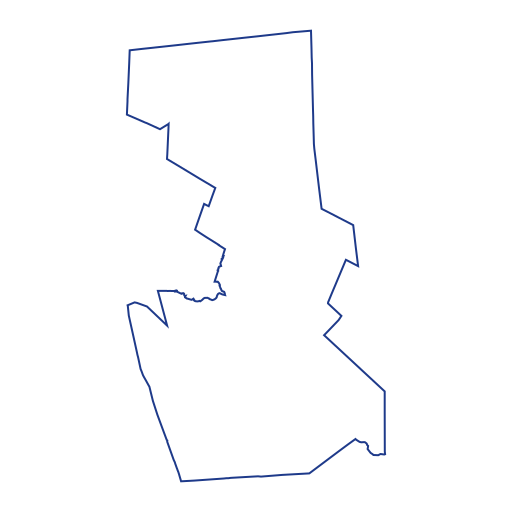 the district of Sabinas, Coahuila, Mexico
{"feature_id": "50627088B51623896111696", "entity_name": "Sabinas", "entity_type": "district", "adm_level": 2, "iso_a3": "MEX", "parent_name": "Mexico", "parent_adm1": "Coahuila", "projection": "equal_earth", "projection_center": [-101.198, 27.94], "detail": "fine", "context": "isolated", "style": "outline", "palette": "blue", "viewbox_px": 512, "rotation_deg": 0, "n_neighbors": 0, "source": "geoboundaries", "source_scale": "gbopen_adm2", "svg_char_len": 4466}
<svg xmlns="http://www.w3.org/2000/svg" viewBox="0 0 512 512"><path d="M309.3,473.4L330.2,457.7L339.0,451.1L347.9,444.5L355.5,439.0L356.0,439.6L359.6,441.9L361.3,442.3L364.2,442.1L365.1,442.3L366.7,443.6L367.1,444.9L368.1,445.9L367.9,447.5L367.6,449.0L370.6,452.9L372.6,454.2L373.4,455.0L378.3,455.2L380.1,454.2L380.6,454.0L381.2,454.1L384.3,454.5L385.1,454.2L384.8,451.6L384.7,410.9L384.7,391.4L324.1,335.2L338.6,320.1L341.4,315.9L328.0,303.4L328.1,302.2L328.4,301.6L331.7,293.6L332.8,291.0L333.3,289.8L335.0,285.8L345.9,259.8L346.9,260.3L358.1,266.1L355.8,247.5L353.2,225.1L338.5,217.5L327.1,211.6L321.6,208.8L319.0,187.8L317.5,175.2L315.9,161.7L314.3,148.6L313.9,144.0L313.7,136.4L313.3,123.2L313.2,116.3L313.0,109.7L312.3,82.6L312.1,74.6L312.0,63.2L311.7,57.7L311.5,48.7L311.0,30.7L297.9,31.8L293.0,32.2L286.4,33.1L276.6,34.2L266.6,35.3L257.7,36.3L245.5,37.6L234.6,38.8L223.6,40.0L212.2,41.3L211.9,41.3L200.7,42.5L188.8,43.8L176.3,45.2L161.6,46.8L155.0,47.5L154.2,47.6L142.0,48.9L129.7,50.3L129.2,63.3L128.3,83.7L127.7,95.3L127.5,99.3L127.5,101.3L126.9,114.6L145.5,122.7L146.2,122.9L146.7,123.1L160.0,129.2L168.1,124.2L168.5,124.0L168.6,123.9L168.5,127.6L167.3,154.2L167.0,159.0L187.8,171.5L199.2,178.4L213.5,186.9L215.3,187.9L212.5,195.5L208.7,206.2L206.4,205.1L204.1,203.9L201.4,211.6L199.3,217.6L195.1,229.7L199.8,232.9L203.2,235.1L206.6,237.3L218.3,244.6L218.8,244.9L218.7,245.1L225.0,249.1L223.9,252.4L222.8,256.1L223.5,256.1L222.4,258.2L222.3,258.3L222.5,258.3L222.8,258.3L222.7,258.5L220.9,262.1L220.8,262.3L220.4,263.6L220.5,263.9L220.5,264.0L220.7,264.5L221.1,266.0L220.4,266.2L220.3,266.3L220.2,266.3L219.7,266.5L219.4,266.6L219.0,266.8L218.9,267.0L218.4,268.1L218.5,268.4L218.3,268.5L218.2,269.6L218.2,269.8L218.2,270.0L217.9,270.1L217.6,270.3L217.8,270.8L218.0,271.1L217.9,271.2L217.9,271.3L214.6,281.7L216.6,281.7L217.1,281.7L217.3,281.7L217.3,281.8L217.5,281.8L217.8,281.9L217.8,282.0L218.0,282.1L218.2,282.3L218.3,282.3L219.1,283.3L219.3,283.7L219.3,283.8L219.4,284.0L219.5,284.2L219.5,284.3L219.6,284.5L219.7,284.8L219.8,284.8L219.9,285.0L219.9,285.3L219.9,285.5L219.8,285.8L219.8,286.0L219.7,286.0L219.8,286.4L220.3,287.5L220.4,287.8L220.4,288.0L220.5,288.1L220.5,288.3L220.6,288.5L220.8,288.7L220.9,288.8L221.0,288.9L221.0,289.0L221.1,289.3L221.2,289.6L221.3,289.7L221.3,289.8L221.4,290.1L221.5,290.2L221.8,290.8L222.1,291.1L222.3,291.2L222.5,291.2L222.6,291.3L222.8,291.3L223.0,291.4L223.2,291.5L223.4,291.5L223.7,291.6L224.2,291.9L224.5,292.8L224.8,293.3L224.8,294.2L225.1,295.1L224.6,295.0L222.2,294.4L221.0,293.8L220.2,293.5L219.8,293.2L219.3,293.2L218.7,293.5L218.1,293.9L217.4,294.9L217.2,295.6L216.9,296.0L216.8,296.7L216.7,297.2L216.6,297.3L216.5,297.5L216.4,297.6L216.3,297.8L216.2,297.9L216.2,298.0L215.9,298.3L214.6,299.3L214.4,299.4L214.2,299.5L213.8,299.6L213.6,299.7L212.9,300.0L212.3,300.1L212.1,300.1L211.8,299.9L211.5,299.8L211.2,299.7L210.5,299.4L209.8,299.2L209.7,299.0L209.5,298.9L209.4,298.9L209.3,298.7L209.2,298.7L208.9,298.5L207.5,297.8L205.4,297.9L204.8,297.9L203.7,298.4L203.4,298.7L202.3,299.8L201.0,300.8L200.5,301.1L200.2,301.3L199.9,301.1L199.5,300.9L198.7,301.2L197.4,301.4L196.2,301.3L195.5,301.2L195.0,301.0L194.3,300.1L194.0,299.6L193.8,300.1L193.7,300.0L193.2,298.8L191.7,299.8L191.1,299.7L187.4,298.6L187.0,298.6L185.0,297.3L185.0,296.9L185.6,295.8L184.7,296.0L184.1,294.9L184.1,293.8L183.5,293.2L182.0,293.3L181.7,293.8L180.8,293.5L177.3,291.8L177.0,290.7L176.4,290.4L175.5,290.6L175.5,291.0L175.5,291.5L174.9,291.5L174.9,291.0L173.5,291.0L171.6,291.0L170.1,290.9L167.5,291.0L167.0,290.9L162.3,290.9L162.1,290.9L159.6,290.9L158.2,290.9L157.9,290.9L167.1,325.6L147.0,306.5L137.0,302.9L134.6,302.4L127.6,305.3L127.8,305.9L128.8,315.6L133.3,335.9L137.0,352.7L137.4,354.7L138.1,357.3L140.6,369.0L140.9,369.7L141.6,371.4L142.3,373.3L142.4,373.6L143.0,375.2L143.2,375.6L144.0,377.1L145.2,379.2L146.6,381.7L148.3,384.8L149.4,386.7L150.0,389.1L150.6,391.6L152.9,400.9L157.4,414.8L157.7,415.6L164.2,433.2L166.7,439.9L167.1,440.3L167.3,440.5L167.2,441.7L173.7,459.9L174.7,462.0L174.8,462.2L175.1,463.2L175.4,464.2L175.6,464.7L175.8,465.2L176.2,466.4L176.5,467.2L176.8,468.1L177.2,469.0L177.5,470.0L177.9,470.9L178.0,471.3L178.3,471.9L178.6,472.9L178.7,473.2L178.9,473.8L179.1,474.4L179.3,475.2L179.4,475.5L180.3,478.6L181.1,481.3L188.7,480.9L194.0,480.6L223.8,478.5L226.5,478.2L228.3,478.2L230.4,477.9L231.7,477.8L258.1,476.3L261.0,476.6L282.3,474.9L309.3,473.4Z" fill="none" stroke="#1e3a8a" stroke-width="2"/></svg>